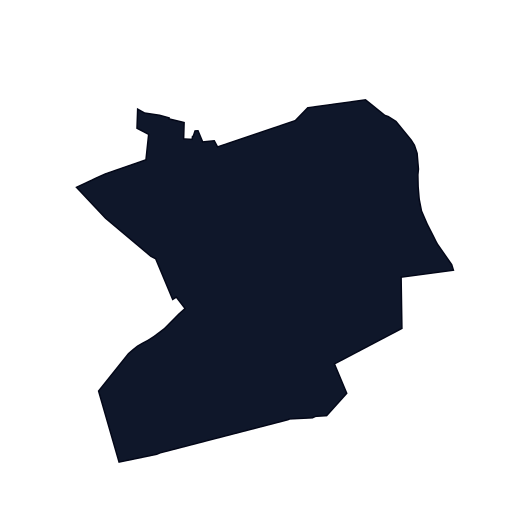 San Pedro Huilotepec, Oaxaca, Mexico, rotated 345°
{"feature_id": "50627088B95823703816090", "entity_name": "San Pedro Huilotepec", "entity_type": "district", "adm_level": 2, "iso_a3": "MEX", "parent_name": "Mexico", "parent_adm1": "Oaxaca", "projection": "orthographic", "projection_center": [-95.147, 16.245], "detail": "fine", "context": "isolated", "style": "filled", "palette": "ink", "viewbox_px": 512, "rotation_deg": 345, "n_neighbors": 0, "source": "geoboundaries", "source_scale": "gbopen_adm2", "svg_char_len": 1126}
<svg xmlns="http://www.w3.org/2000/svg" viewBox="0 0 512 512"><g transform="rotate(345 256 256)"><path d="M115.5,140.5L100.4,143.2L120.5,180.6L153.3,227.5L154.5,229.2L158.4,232.7L164.3,276.4L168.4,275.1L173.9,288.4L166.7,292.0L156.1,298.2L148.9,302.4L136.6,307.4L129.7,309.6L123.9,310.9L118.3,312.4L113.2,314.6L107.6,317.3L69.0,345.7L70.4,419.6L108.9,421.8L112.5,421.3L161.6,421.7L244.5,422.4L246.4,422.1L268.6,426.9L272.1,426.3L282.9,428.5L308.1,412.1L303.8,380.5L378.2,363.7L390.7,314.0L443.0,320.8L442.8,315.0L434.3,291.5L433.5,288.2L432.7,284.1L431.5,278.4L429.9,271.0L429.5,268.9L427.5,255.3L428.3,243.7L428.5,242.3L430.6,230.8L430.7,230.4L433.3,219.8L433.4,219.4L435.4,214.1L438.2,198.5L437.7,190.0L435.9,184.2L426.0,162.2L419.8,155.5L416.8,153.5L402.2,133.5L344.4,126.2L329.0,135.4L247.1,140.7L245.5,133.9L234.0,132.0L232.4,120.0L229.5,119.4L226.4,124.1L225.6,124.1L224.5,126.8L221.3,125.8L216.4,124.2L221.1,108.5L219.0,107.3L207.4,101.0L207.8,100.1L199.3,95.1L185.3,89.0L179.7,83.5L174.1,101.8L183.8,110.7L174.6,134.6L131.9,137.7L122.5,139.2L115.5,140.5Z" fill="#0f172a" stroke="#020617" stroke-width="1.5"/></g></svg>